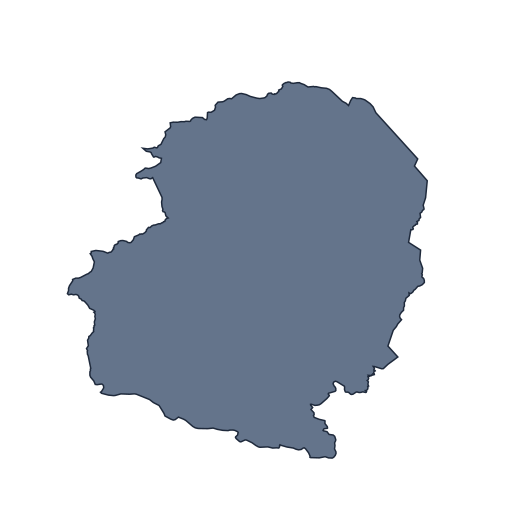 Huanca Sancos, Ayacucho, Peru, rotated 288°
{"feature_id": "86281439B89216609450497", "entity_name": "Huanca Sancos", "entity_type": "district", "adm_level": 2, "iso_a3": "PER", "parent_name": "Peru", "parent_adm1": "Ayacucho", "projection": "equal_earth", "projection_center": [-74.477, -13.931], "detail": "fine", "context": "isolated", "style": "filled", "palette": "slate", "viewbox_px": 512, "rotation_deg": 288, "n_neighbors": 0, "source": "geoboundaries", "source_scale": "gbopen_adm2", "svg_char_len": 6063}
<svg xmlns="http://www.w3.org/2000/svg" viewBox="0 0 512 512"><g transform="rotate(288 256 256)"><path d="M429.3,325.7L434.0,321.3L436.2,317.4L438.1,311.4L438.2,309.6L438.1,306.9L436.7,302.6L437.0,301.8L436.5,298.9L433.1,298.0L427.7,297.5L429.1,294.5L429.8,290.4L436.0,277.3L437.1,274.5L437.2,273.0L437.3,271.3L436.2,266.4L435.6,260.6L435.0,259.5L435.1,258.5L432.8,253.2L433.9,248.8L434.0,244.9L434.3,243.9L433.6,241.8L431.7,238.1L431.3,235.7L431.8,234.8L431.4,232.7L430.4,231.5L430.2,230.8L428.6,229.2L426.9,228.2L426.4,228.3L425.5,229.1L422.8,228.5L420.8,226.3L419.9,226.8L419.3,226.7L418.4,226.0L417.4,225.7L416.1,224.6L416.0,223.6L415.3,223.4L415.0,221.4L415.7,220.1L414.7,217.8L413.4,217.0L411.5,216.9L409.4,215.6L408.6,214.4L406.9,210.9L406.4,208.0L406.0,201.3L406.5,196.8L406.1,192.0L405.3,190.1L403.0,187.3L398.0,184.2L397.7,182.3L396.8,180.5L393.4,177.9L392.3,176.5L390.6,172.3L386.7,170.6L385.0,171.5L381.8,171.5L378.8,168.9L378.1,166.3L377.4,165.6L371.9,167.0L370.3,166.8L370.0,164.9L371.1,162.3L369.2,155.1L367.3,153.1L365.3,152.1L364.1,152.0L363.5,151.4L362.5,147.7L361.6,146.4L360.6,143.1L359.0,140.2L357.7,135.9L356.1,133.2L352.8,134.8L351.4,134.8L346.0,131.1L343.4,132.7L341.1,132.9L339.1,132.0L332.8,131.1L330.6,129.0L328.8,128.8L328.2,128.3L328.0,125.6L326.7,124.5L324.4,119.9L323.5,115.1L321.7,119.3L322.2,122.9L322.0,124.3L321.0,125.0L318.5,127.9L318.5,128.4L319.6,129.6L319.8,131.5L319.4,133.5L319.7,135.9L315.4,136.5L310.3,132.7L307.2,128.9L306.0,126.9L305.5,123.8L305.1,123.2L303.8,122.6L301.4,120.7L297.5,117.1L295.9,116.7L294.0,117.4L293.4,118.5L293.8,119.8L293.8,122.9L295.2,124.3L296.8,127.9L296.6,130.8L296.9,132.2L298.6,133.5L282.7,148.5L280.8,149.2L278.2,149.5L274.0,151.3L271.7,153.0L270.2,153.1L269.4,154.0L269.6,155.0L269.2,156.1L266.3,157.9L265.0,160.7L264.0,159.3L262.2,158.5L260.7,158.6L260.0,157.4L258.9,157.0L258.3,156.0L257.1,155.1L256.5,153.3L254.3,150.5L253.9,149.3L252.5,147.6L250.4,146.5L250.0,144.9L246.9,143.7L245.8,144.0L243.7,143.0L241.7,141.2L241.6,140.2L241.1,139.7L241.1,138.8L239.7,137.8L236.8,134.4L233.5,134.3L230.3,133.0L229.6,131.9L229.3,130.1L229.3,129.5L229.9,128.6L229.6,124.6L228.8,122.6L227.2,120.5L225.7,120.9L224.9,120.2L224.1,120.1L223.4,118.7L222.2,118.0L220.9,118.2L219.5,117.9L218.8,118.5L218.1,117.9L216.9,117.8L214.7,116.7L214.2,115.4L212.9,114.1L213.2,109.2L211.8,102.0L209.4,97.9L208.0,98.4L207.0,97.6L205.0,100.2L203.0,101.6L200.5,104.1L194.3,104.8L190.4,104.1L188.9,102.8L187.5,102.1L186.3,100.6L181.4,95.8L180.0,93.9L179.3,91.5L177.0,88.8L175.9,89.4L170.2,87.8L167.3,87.7L165.3,88.4L161.9,88.3L161.2,89.9L162.6,92.1L162.7,94.5L163.8,96.6L163.8,98.4L163.0,99.8L161.3,100.9L161.0,103.0L159.9,104.4L160.1,106.0L159.8,107.0L157.3,111.3L154.8,114.0L154.3,118.5L153.5,120.1L153.2,120.1L152.4,119.2L151.9,120.2L150.7,121.2L148.8,121.4L146.7,122.6L143.4,122.6L140.4,124.0L139.7,123.5L138.2,123.9L137.4,123.6L136.5,124.2L134.4,124.6L133.9,125.0L132.2,124.0L129.1,123.0L127.8,121.9L126.1,122.3L123.9,121.8L118.8,124.3L115.6,123.4L113.9,125.1L113.1,125.0L110.4,126.1L109.5,127.1L98.0,133.6L97.4,133.4L95.7,134.0L94.6,133.8L91.2,134.9L89.6,136.2L87.0,140.4L84.2,142.8L84.5,144.6L86.5,148.6L86.5,149.5L85.7,150.9L83.9,151.8L82.9,151.8L79.3,150.9L78.4,150.2L77.7,151.5L78.1,158.6L79.2,163.7L79.8,165.1L83.1,170.1L85.5,178.5L87.3,182.9L87.6,184.9L86.6,199.1L84.9,203.7L83.9,210.0L77.8,217.2L75.7,218.9L74.5,225.4L74.4,228.0L75.4,229.7L78.8,232.0L78.4,237.7L77.9,240.1L74.4,248.5L73.8,251.3L74.1,254.3L76.9,263.5L79.1,268.4L79.2,272.9L79.9,278.2L81.3,283.4L82.3,284.8L83.4,288.0L83.6,289.8L83.2,292.7L82.8,293.5L80.0,293.8L77.7,292.5L77.0,292.6L76.2,293.6L74.7,297.1L74.4,298.2L74.6,299.1L77.7,302.5L78.0,303.9L77.2,309.9L75.8,314.2L75.2,317.2L75.3,318.8L78.1,326.2L78.5,331.2L79.9,334.8L80.4,337.0L82.0,337.4L83.3,336.9L83.9,337.1L83.7,338.4L83.9,344.5L84.9,350.9L84.6,353.6L84.8,356.4L86.0,358.8L88.0,360.3L88.5,361.2L87.9,362.8L85.0,366.9L82.4,369.2L81.2,369.5L81.1,370.1L83.6,378.6L86.5,383.8L86.4,387.4L87.4,391.0L88.6,392.1L90.9,393.0L93.0,393.1L94.5,392.5L96.8,390.3L100.1,389.7L102.6,388.5L105.0,388.8L106.0,388.6L108.8,386.6L109.6,384.7L108.9,380.6L110.9,377.8L110.6,374.2L110.8,373.7L112.4,373.9L113.0,374.6L114.1,377.0L114.5,377.2L115.8,376.5L118.0,373.3L120.5,372.6L120.7,372.2L120.2,366.6L120.5,361.2L121.9,360.0L123.0,360.3L124.8,359.6L127.0,355.7L129.4,356.7L131.1,354.0L131.8,353.7L132.1,354.3L132.1,358.2L133.2,360.7L134.1,362.2L135.8,363.6L142.2,367.4L145.5,368.8L146.1,368.8L147.1,367.3L147.9,367.4L151.7,373.0L152.7,373.5L154.7,372.8L155.8,371.8L156.5,370.5L158.3,368.8L160.0,368.8L161.4,370.1L161.5,371.8L159.5,380.2L158.9,380.7L156.4,381.4L154.5,382.8L154.3,383.6L154.8,385.0L154.9,386.3L153.8,388.7L153.8,389.5L154.5,390.9L157.4,393.2L157.9,394.0L158.0,396.2L158.6,397.8L159.8,399.5L160.1,402.5L160.4,402.9L161.3,403.0L161.9,401.8L162.2,402.5L163.5,403.3L165.3,403.2L166.5,402.5L167.1,403.3L168.7,402.0L171.0,401.8L172.0,400.2L172.9,400.9L174.6,400.9L175.8,399.8L176.4,400.7L177.2,399.6L177.5,400.7L177.4,402.2L177.8,402.6L178.5,402.5L178.6,403.4L179.8,405.2L180.4,404.9L180.0,403.9L180.1,403.6L180.9,404.1L182.9,403.9L183.3,404.7L183.6,404.9L184.0,404.4L184.1,403.2L185.8,403.3L187.2,401.6L187.5,403.0L187.6,410.4L188.2,411.9L193.7,414.9L203.8,422.1L211.1,409.3L227.8,409.5L232.2,411.3L235.1,411.8L240.4,414.1L241.4,412.4L242.5,411.4L244.5,410.9L247.3,411.7L250.0,413.1L252.6,412.3L254.3,412.6L257.6,411.4L259.5,411.9L262.1,411.6L265.8,413.9L268.2,412.9L267.8,414.4L268.8,415.4L270.5,416.4L272.0,416.6L273.5,417.7L277.2,419.3L278.1,421.0L280.1,423.0L282.8,424.3L284.6,423.7L286.1,422.7L286.7,421.9L287.0,420.7L287.8,420.1L289.5,420.0L290.4,419.0L291.2,419.3L295.8,418.3L302.7,413.0L312.5,410.7L316.1,396.9L328.9,395.1L328.9,395.8L329.8,397.1L330.6,397.1L331.4,396.3L332.3,396.3L334.1,397.4L334.6,398.0L335.5,398.2L336.3,399.6L337.6,399.3L338.5,398.3L340.1,400.0L341.5,399.7L343.6,400.6L347.3,398.8L348.8,400.0L350.8,400.3L352.2,401.3L353.1,401.1L356.0,399.3L363.8,399.3L380.5,395.6L390.5,378.9L398.3,379.8L429.3,325.7Z" fill="#64748b" stroke="#1e293b" stroke-width="1.5"/></g></svg>